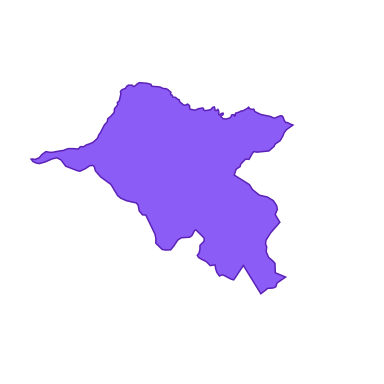 the district of Ouadda, Haute-Kotto, Central African Republic, rotated 239°
{"feature_id": "33826404B85937091100445", "entity_name": "Ouadda", "entity_type": "district", "adm_level": 2, "iso_a3": "CAF", "parent_name": "Central African Republic", "parent_adm1": "Haute-Kotto", "projection": "mercator", "projection_center": [22.72, 8.057], "detail": "fine", "context": "isolated", "style": "filled", "palette": "violet", "viewbox_px": 384, "rotation_deg": 239, "n_neighbors": 0, "source": "geoboundaries", "source_scale": "gbopen_adm2", "svg_char_len": 3365}
<svg xmlns="http://www.w3.org/2000/svg" viewBox="0 0 384 384"><g transform="rotate(239 192 192)"><path d="M303.0,71.0L299.9,71.4L297.1,73.3L294.9,75.9L293.3,82.1L292.4,89.2L290.9,93.8L286.8,96.3L279.2,97.0L269.2,104.8L267.5,106.7L266.9,112.8L267.2,118.0L265.8,120.7L264.1,121.3L259.8,120.1L251.8,121.5L240.2,126.4L227.1,126.4L223.1,127.9L218.1,131.5L211.3,138.6L208.4,139.0L205.4,137.9L203.0,137.0L197.9,137.8L196.0,140.5L175.1,138.6L171.0,137.2L166.7,134.6L158.2,136.8L155.8,139.5L153.4,144.0L155.3,149.1L158.1,154.9L158.3,159.2L154.4,166.8L154.7,169.5L156.2,172.0L157.7,174.3L157.3,175.9L146.3,178.7L143.5,176.9L142.2,171.4L138.4,169.0L136.0,166.4L135.0,163.9L132.5,163.9L129.5,165.5L124.8,168.5L119.5,169.7L117.7,174.2L113.5,172.6L110.1,171.9L105.8,172.3L105.6,175.0L104.1,176.4L97.2,180.6L95.2,182.5L96.6,185.6L102.6,198.2L69.3,198.6L70.4,207.4L68.9,210.1L67.8,212.5L67.6,215.1L70.2,218.0L70.9,228.4L79.9,221.8L88.1,226.4L91.1,225.8L96.7,224.0L102.8,224.9L106.5,227.8L109.4,228.2L112.5,230.5L116.4,238.1L120.8,251.7L129.8,251.7L133.1,256.2L136.7,257.5L142.6,257.3L148.8,254.1L154.6,248.1L162.9,245.1L168.8,245.0L184.8,236.9L188.8,241.6L189.0,246.3L190.8,248.1L192.6,254.9L190.6,257.7L193.8,263.2L194.8,265.7L192.6,268.4L187.6,279.0L188.8,285.9L190.2,287.8L190.6,293.9L192.9,298.2L195.6,301.9L196.8,305.4L197.4,313.0L199.6,311.3L202.5,309.5L203.1,308.3L204.3,308.0L206.4,308.0L207.9,308.4L209.4,308.6L210.8,308.4L211.8,307.0L212.9,300.5L216.5,298.0L222.9,291.0L227.9,287.7L229.2,287.2L230.2,287.6L231.3,287.6L231.7,286.4L232.4,285.4L233.7,284.4L234.5,283.8L235.2,284.4L235.6,284.2L235.2,282.7L235.2,281.6L235.4,277.2L236.2,275.8L236.2,273.7L237.1,270.1L236.5,269.1L235.3,268.6L235.2,267.8L236.4,267.6L237.2,267.0L237.6,265.5L236.2,264.1L236.1,262.3L236.8,259.2L238.8,256.4L240.2,256.0L241.7,255.5L242.3,256.1L242.2,257.6L242.4,258.5L242.8,259.1L243.7,259.2L244.1,258.0L244.1,256.9L244.0,255.4L244.4,254.7L245.3,255.0L246.0,255.8L246.8,256.3L247.6,256.5L248.7,256.8L249.5,256.7L249.4,255.8L249.3,254.6L249.9,254.0L250.8,254.1L252.2,254.7L253.4,255.0L253.9,253.3L253.5,252.1L253.0,250.5L253.8,248.0L255.0,245.1L256.1,244.4L257.1,244.6L257.7,244.8L258.5,244.5L260.1,240.5L260.5,236.8L264.0,233.0L265.2,233.2L266.6,234.1L267.4,234.2L268.7,234.0L269.7,233.4L269.7,231.3L271.0,229.5L273.1,228.9L274.7,228.2L276.4,228.1L277.6,228.5L278.7,227.8L279.2,227.3L280.4,227.0L281.4,226.7L282.1,226.1L282.6,225.3L283.0,224.6L283.9,224.5L284.7,224.8L285.3,224.8L286.1,224.2L286.4,223.9L287.2,224.1L287.8,225.0L288.4,225.3L290.0,224.7L291.7,224.3L293.5,223.3L294.7,222.0L295.2,220.9L296.5,220.0L297.9,219.1L299.2,217.8L303.3,212.0L305.4,212.3L308.2,209.6L311.2,205.5L312.9,203.1L312.8,200.2L312.3,198.3L312.4,196.3L314.6,195.6L315.5,193.7L316.4,192.6L316.2,190.4L315.7,189.5L315.1,188.3L315.7,185.0L315.5,183.4L314.6,182.1L313.0,181.8L307.6,176.6L307.1,174.0L305.3,173.5L304.3,171.4L303.8,169.6L303.3,168.5L301.7,167.2L300.4,166.4L298.8,161.7L298.2,157.6L295.6,155.2L294.7,151.6L290.2,144.3L288.8,141.2L287.4,139.7L286.6,138.0L285.6,133.2L285.9,129.6L286.8,125.7L286.6,122.9L287.1,121.6L288.1,120.3L288.2,118.8L287.6,117.5L287.5,116.5L290.1,113.0L292.8,108.5L293.5,105.8L293.8,103.3L295.2,100.1L297.8,93.1L299.1,90.7L301.8,87.7L301.8,86.5L301.5,83.1L301.0,81.3L300.0,78.6L300.4,76.6L300.7,74.3L302.6,72.1L303.0,71.0Z" fill="#8b5cf6" stroke="#5b21b6" stroke-width="1.5"/></g></svg>